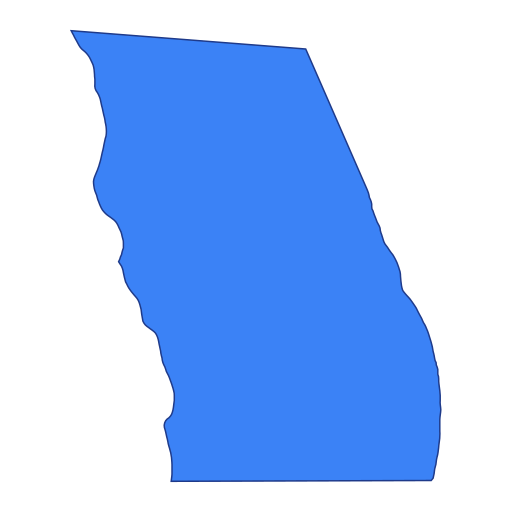 Chilecito, La Rioja, Argentina, rotated 180°
{"feature_id": "61730980B21035116848731", "entity_name": "Chilecito", "entity_type": "district", "adm_level": 2, "iso_a3": "ARG", "parent_name": "Argentina", "parent_adm1": "La Rioja", "projection": "equal_earth", "projection_center": [-67.377, -29.416], "detail": "fine", "context": "isolated", "style": "filled", "palette": "blue", "viewbox_px": 512, "rotation_deg": 180, "n_neighbors": 0, "source": "geoboundaries", "source_scale": "gbopen_adm2", "svg_char_len": 4194}
<svg xmlns="http://www.w3.org/2000/svg" viewBox="0 0 512 512"><g transform="rotate(180 256 256)"><path d="M440.8,481.3L439.6,478.9L438.5,476.9L437.5,474.8L436.4,472.8L435.3,470.9L434.2,468.8L433.1,466.8L431.9,464.9L430.5,463.2L428.9,461.8L427.2,460.4L425.6,458.8L424.2,457.1L422.9,455.3L421.8,453.3L420.8,451.2L419.8,449.1L418.9,447.0L418.3,444.7L417.9,442.4L417.7,440.0L417.5,437.6L417.4,435.2L417.1,432.9L417.1,430.5L417.1,428.1L417.2,425.7L416.8,423.4L415.9,421.3L414.6,419.4L413.5,417.4L412.6,415.3L411.8,413.1L411.3,410.8L410.8,408.4L410.3,406.1L409.7,403.9L409.2,401.5L408.7,399.2L408.2,396.9L407.6,394.7L407.1,392.3L406.8,390.0L406.3,387.7L405.9,385.3L405.7,383.0L405.6,380.6L405.7,378.2L406.0,375.8L406.7,373.6L407.2,371.3L407.7,369.0L408.2,366.6L408.6,364.3L409.1,362.0L409.7,359.7L410.2,357.4L410.7,355.1L411.2,352.8L411.8,350.5L412.5,348.2L413.1,346.0L413.9,343.8L414.7,341.6L415.6,339.5L416.5,337.3L417.4,335.1L418.1,332.9L418.5,330.6L418.4,328.2L418.1,325.9L417.7,323.5L417.1,321.2L416.3,319.1L415.4,316.9L414.8,314.6L414.2,312.4L413.3,310.2L412.5,308.0L411.6,305.9L410.6,303.8L409.4,301.8L408.0,300.1L406.5,298.5L404.9,297.1L403.1,295.8L401.4,294.6L399.7,293.3L398.0,292.0L396.4,290.4L395.1,288.6L394.0,286.6L393.1,284.5L392.1,282.4L391.1,280.3L390.4,278.1L389.9,275.8L389.3,273.5L388.7,271.2L388.6,268.8L388.6,266.4L388.6,264.0L389.4,261.8L390.0,259.6L390.5,257.3L391.5,255.2L392.2,252.9L393.4,250.3L391.9,247.9L390.6,246.0L389.7,243.9L389.0,241.6L388.6,239.3L388.1,237.0L387.6,234.7L387.0,232.4L386.4,230.1L385.3,228.1L384.3,226.0L383.2,224.0L381.9,222.1L380.6,220.3L379.2,218.6L377.8,216.9L376.3,215.2L374.9,213.5L373.7,211.5L372.8,209.4L372.1,207.2L371.5,204.9L370.9,202.6L370.6,200.2L370.3,197.8L369.9,195.5L369.5,193.2L369.1,190.9L368.0,188.8L366.7,187.1L365.0,185.6L363.3,184.4L361.6,183.1L359.8,181.8L358.1,180.5L356.6,179.0L355.4,177.0L354.5,174.9L353.8,172.6L353.3,170.3L352.9,168.0L352.4,165.7L351.9,163.3L351.4,161.0L351.1,158.6L350.6,156.3L350.0,154.1L349.7,151.7L349.1,149.4L348.2,147.2L347.2,145.2L346.4,143.0L345.7,140.7L344.7,138.7L343.6,136.6L342.7,134.5L341.9,132.3L341.1,130.1L340.3,127.9L339.6,125.6L338.9,123.4L338.3,121.1L337.8,118.8L337.7,116.4L337.7,114.0L337.7,111.6L338.0,109.3L338.3,106.9L338.6,104.5L339.0,102.2L339.6,99.9L340.4,97.7L341.6,95.8L343.1,94.2L344.9,92.9L346.3,91.3L347.3,89.2L347.8,86.8L347.6,84.5L346.9,82.2L346.3,79.9L345.8,77.6L345.3,75.3L344.7,73.0L344.2,70.7L343.8,68.4L343.2,66.1L342.5,63.8L341.9,61.5L341.3,59.3L340.9,56.9L340.5,54.6L340.3,52.2L340.1,49.8L340.0,47.4L340.0,45.0L340.0,42.6L340.0,40.2L340.0,37.8L340.2,35.5L340.5,33.1L340.8,30.7L80.8,31.5L78.9,33.8L78.4,36.1L77.9,38.4L77.6,40.8L77.3,43.1L76.7,45.4L76.1,47.7L75.8,50.1L75.5,52.4L75.0,54.8L74.4,57.1L74.0,59.4L73.7,61.8L73.4,64.1L73.2,66.5L72.9,68.9L72.6,71.2L72.3,73.6L72.2,76.0L72.1,78.4L72.2,80.8L72.2,83.2L72.2,85.6L72.2,87.9L72.2,90.3L72.2,92.7L72.0,95.1L71.7,97.5L71.4,99.8L71.2,102.2L71.4,104.6L71.7,107.0L71.9,109.3L71.8,111.7L71.8,114.1L71.8,116.5L72.0,118.9L72.2,121.3L72.5,123.6L72.8,126.0L73.1,128.4L73.3,130.7L73.3,133.1L73.5,135.5L74.2,137.7L74.2,140.1L74.2,142.5L74.8,144.8L75.7,147.0L75.9,149.4L76.9,151.4L77.4,153.7L77.8,156.1L78.3,158.4L78.9,160.7L79.3,163.0L79.7,165.3L80.3,167.6L80.9,169.9L81.6,172.2L82.3,174.4L83.0,176.7L83.7,178.9L84.5,181.1L85.4,183.2L86.3,185.4L87.3,187.4L88.5,189.3L89.5,191.5L90.4,193.6L91.5,195.6L92.6,197.6L93.7,199.7L94.7,201.7L95.7,203.8L96.9,205.7L98.2,207.6L99.5,209.5L100.8,211.3L102.1,213.1L103.6,214.8L105.1,216.4L106.6,218.1L108.0,219.8L109.3,221.6L110.0,223.9L110.5,226.2L110.8,228.5L111.1,230.9L111.3,233.3L111.5,235.7L111.6,238.0L112.0,240.4L112.7,242.6L113.4,244.9L114.2,247.1L115.0,249.3L116.0,251.4L117.0,253.4L118.1,255.4L119.3,257.4L120.7,259.1L122.0,260.9L123.3,262.8L124.5,264.7L125.9,266.5L127.2,268.3L128.2,270.4L128.9,272.6L129.6,274.9L130.3,277.1L131.1,279.3L131.7,281.6L132.0,284.0L132.8,286.1L133.9,288.1L135.0,290.2L135.8,292.4L136.6,294.5L137.5,296.7L138.3,298.9L139.0,301.1L140.1,303.2L140.3,305.5L140.3,307.9L140.8,310.2L141.6,312.4L142.6,314.5L143.0,316.8L143.6,319.1L144.4,321.2L145.3,323.4L174.5,390.3L206.3,463.0L440.8,481.3Z" fill="#3b82f6" stroke="#1e3a8a" stroke-width="1.5"/></g></svg>